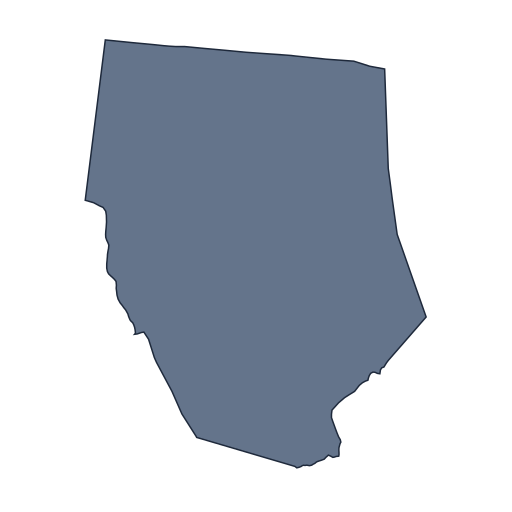 the district of Suba South, Nyanza, Kenya, rotated 97°
{"feature_id": "3690345B8693504737331", "entity_name": "Suba South", "entity_type": "district", "adm_level": 2, "iso_a3": "KEN", "parent_name": "Kenya", "parent_adm1": "Nyanza", "projection": "mercator", "projection_center": [34.175, -0.638], "detail": "fine", "context": "isolated", "style": "filled", "palette": "slate", "viewbox_px": 512, "rotation_deg": 97, "n_neighbors": 0, "source": "geoboundaries", "source_scale": "gbopen_adm2", "svg_char_len": 2011}
<svg xmlns="http://www.w3.org/2000/svg" viewBox="0 0 512 512"><g transform="rotate(97 256 256)"><path d="M443.3,292.8L459.1,197.6L460.1,191.7L461.3,189.7L460.5,187.6L459.5,185.7L458.6,184.7L457.9,183.5L457.9,181.8L457.4,180.1L457.6,177.4L456.8,175.2L455.5,173.7L454.8,172.5L454.0,171.7L453.1,170.9L452.5,169.9L451.8,168.5L450.7,166.1L449.3,163.5L447.2,162.0L446.2,161.1L444.8,159.9L445.6,157.3L446.5,155.2L446.0,153.6L445.2,152.0L444.9,150.7L444.6,149.5L443.0,149.4L440.8,149.7L438.6,150.1L436.2,150.3L434.0,150.0L432.0,149.7L430.4,149.1L428.0,150.0L425.4,152.0L421.6,154.1L417.4,156.3L415.0,157.5L410.9,159.6L407.2,161.4L403.7,161.8L399.7,161.8L391.7,156.2L385.8,150.8L382.8,147.2L378.3,141.6L371.8,137.7L368.8,134.9L366.8,132.1L365.7,129.8L363.1,129.5L360.9,129.0L358.5,127.9L357.0,125.8L356.9,123.7L357.7,121.3L357.8,118.7L353.8,118.6L351.6,117.5L350.6,115.5L348.8,114.7L346.2,113.5L343.4,111.9L295.8,79.7L275.6,89.7L254.2,100.3L228.7,112.9L217.4,118.5L182.1,127.9L168.7,131.3L153.0,135.4L54.7,151.1L53.8,166.2L50.7,182.7L52.1,210.4L52.7,241.6L52.7,245.7L52.9,249.9L55.0,290.7L55.6,312.0L56.3,333.4L56.8,352.2L57.9,361.2L58.3,367.6L58.5,373.1L58.7,384.4L59.3,404.9L59.9,431.9L221.5,432.3L222.9,423.6L224.7,418.9L225.2,417.7L225.6,416.4L226.4,413.7L229.9,410.6L233.8,409.5L240.5,408.5L245.8,408.2L249.9,408.1L252.9,407.9L255.8,407.4L258.5,406.1L260.8,404.6L263.1,403.4L266.5,403.3L269.3,403.5L272.6,403.6L275.2,403.4L276.2,403.4L278.2,403.3L282.0,403.2L286.2,402.7L289.5,401.6L291.7,400.1L293.2,398.1L294.0,397.0L294.5,396.2L296.4,393.7L298.3,391.8L302.0,391.0L305.2,390.8L308.7,389.9L311.7,389.2L315.6,387.6L319.1,385.1L321.3,382.8L323.4,380.9L325.4,378.8L329.1,376.1L331.7,375.0L334.5,373.4L335.3,372.8L335.9,372.1L337.3,370.2L339.3,368.9L341.6,367.8L344.0,367.0L346.5,366.4L347.4,366.3L348.5,367.0L347.8,364.3L345.9,360.4L345.2,358.0L351.7,352.5L369.2,344.5L373.7,341.8L382.1,335.9L385.1,333.8L400.6,322.9L421.8,310.3L442.6,293.2L443.3,292.8Z" fill="#64748b" stroke="#1e293b" stroke-width="1.5"/></g></svg>